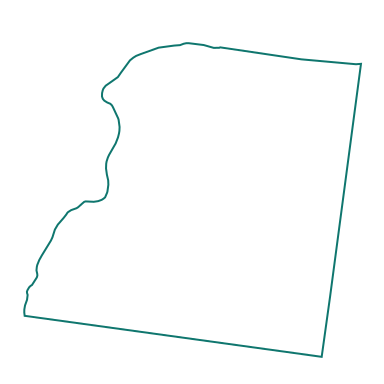 outline of Hancock, Illinois, United States of America, rotated 7°
{"feature_id": "52423323B89026869703767", "entity_name": "Hancock", "entity_type": "district", "adm_level": 2, "iso_a3": "USA", "parent_name": "United States of America", "parent_adm1": "Illinois", "projection": "equal_earth", "projection_center": [-91.372, 40.416], "detail": "fine", "context": "isolated", "style": "outline", "palette": "teal", "viewbox_px": 384, "rotation_deg": 7, "n_neighbors": 0, "source": "geoboundaries", "source_scale": "gbopen_adm2", "svg_char_len": 1179}
<svg xmlns="http://www.w3.org/2000/svg" viewBox="0 0 384 384"><g transform="rotate(7 192 192)"><path d="M344.1,44.2L339.2,45.2L284.4,47.0L202.3,45.0L201.6,45.5L196.0,46.3L185.7,44.7L170.9,44.7L168.2,45.0L165.6,45.9L162.2,47.7L156.6,48.8L141.3,52.8L124.6,61.2L120.0,63.7L117.4,65.8L114.4,68.9L107.2,81.7L104.4,87.0L93.4,97.0L91.5,100.1L91.0,102.0L90.7,104.8L91.0,108.1L92.1,110.4L93.8,112.0L97.0,113.5L100.2,114.4L102.0,115.8L103.3,117.6L109.8,128.0L110.4,129.4L112.2,136.3L112.5,140.2L112.4,142.9L111.9,146.8L110.3,153.1L105.2,165.2L104.3,168.0L103.5,172.1L103.4,174.4L103.8,179.1L105.4,185.1L107.4,190.7L108.1,195.0L108.0,201.8L107.8,203.1L106.4,207.9L105.0,209.4L103.3,210.8L100.0,212.5L95.7,213.7L87.6,214.3L86.2,214.9L84.3,217.0L80.7,221.1L79.3,222.2L74.3,224.7L71.5,227.0L70.8,227.9L70.0,229.6L67.8,233.3L62.8,240.7L60.5,246.0L59.0,254.0L57.9,257.4L50.7,273.2L48.7,278.1L47.3,283.3L47.1,285.3L47.2,288.8L48.4,292.2L48.7,293.8L48.4,295.7L45.0,302.8L44.6,303.7L43.2,304.9L42.0,306.4L40.7,309.4L40.3,311.1L40.6,312.4L41.4,314.2L41.4,319.1L40.1,324.9L39.9,329.0L40.2,332.0L41.0,335.3L340.8,339.8L341.8,279.2L344.1,44.2Z" fill="none" stroke="#0f766e" stroke-width="2"/></g></svg>